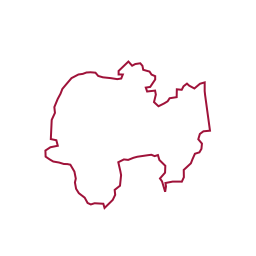 outline of Ivorá, Rio Grande do Sul, Brazil, rotated 39°
{"feature_id": "56859067B71259707194731", "entity_name": "Ivorá", "entity_type": "district", "adm_level": 2, "iso_a3": "BRA", "parent_name": "Brazil", "parent_adm1": "Rio Grande do Sul", "projection": "robinson", "projection_center": [-53.578, -29.511], "detail": "fine", "context": "isolated", "style": "outline", "palette": "rose", "viewbox_px": 256, "rotation_deg": 39, "n_neighbors": 0, "source": "geoboundaries", "source_scale": "gbopen_adm2", "svg_char_len": 1445}
<svg xmlns="http://www.w3.org/2000/svg" viewBox="0 0 256 256"><g transform="rotate(39 128 128)"><path d="M203.6,135.8L202.4,131.1L197.7,125.5L199.1,115.9L197.8,111.8L196.2,105.9L198.8,102.0L198.2,98.0L195.3,93.6L189.7,92.5L187.6,87.4L188.7,83.1L193.4,78.5L166.9,53.6L164.3,51.0L158.9,44.3L156.1,48.3L154.7,55.5L148.8,56.6L145.9,56.4L144.9,60.6L145.7,64.5L141.6,67.2L146.4,73.4L141.6,78.7L142.0,82.3L140.6,86.2L138.0,91.9L131.9,91.5L128.6,84.5L125.5,81.9L119.9,87.6L116.4,85.4L119.4,82.1L118.6,73.2L116.5,70.6L112.7,71.7L109.2,70.6L103.2,73.2L100.1,70.6L96.8,70.0L93.4,73.7L92.0,77.0L86.5,76.1L84.8,89.6L87.0,92.3L90.3,89.7L91.6,93.8L88.9,96.8L83.2,100.1L76.6,104.4L72.1,106.3L67.9,105.5L63.9,108.2L60.8,111.0L58.8,114.4L55.8,117.6L52.7,124.8L52.5,132.7L52.4,138.9L54.0,143.9L55.1,149.7L57.6,158.1L61.7,162.2L63.6,169.7L75.0,185.2L80.0,182.6L84.6,186.0L79.8,191.8L78.0,197.5L82.0,202.1L86.9,201.7L91.0,201.1L96.2,198.2L100.9,196.3L103.4,194.3L106.3,192.8L113.8,195.6L119.3,200.2L121.0,203.7L125.9,207.9L130.8,209.6L138.2,209.4L143.8,211.7L147.2,210.8L149.4,207.5L156.5,202.4L160.1,204.9L161.4,193.5L160.1,188.0L156.6,184.5L158.1,177.9L152.3,169.0L149.4,166.5L142.0,160.7L144.6,155.0L148.2,152.7L151.0,147.7L153.4,144.4L160.5,136.7L163.0,134.1L166.4,133.1L168.3,130.2L172.5,133.1L180.8,133.9L184.9,139.4L184.6,147.1L188.1,148.1L197.0,154.2L194.3,149.5L191.7,147.2L196.4,141.6L203.6,135.8Z" fill="none" stroke="#9f1239" stroke-width="2"/></g></svg>